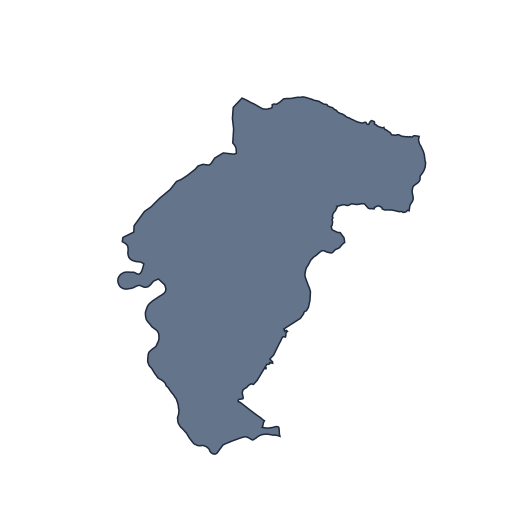 Ormenis, Brasov, Romania (Mercator projection), rotated 124°
{"feature_id": "2599482B25677324063372", "entity_name": "Ormenis", "entity_type": "district", "adm_level": 2, "iso_a3": "ROU", "parent_name": "Romania", "parent_adm1": "Brasov", "projection": "mercator", "projection_center": [25.52, 46.009], "detail": "fine", "context": "isolated", "style": "filled", "palette": "slate", "viewbox_px": 512, "rotation_deg": 124, "n_neighbors": 0, "source": "geoboundaries", "source_scale": "gbopen_adm2", "svg_char_len": 6053}
<svg xmlns="http://www.w3.org/2000/svg" viewBox="0 0 512 512"><g transform="rotate(124 256 256)"><path d="M318.9,374.9L318.6,371.8L318.9,369.4L319.6,367.8L322.1,365.6L324.9,364.1L326.6,362.7L328.1,360.9L328.8,359.0L328.9,357.7L328.8,355.9L328.5,354.9L327.7,352.3L325.7,348.7L325.4,347.6L325.2,344.6L331.1,342.6L332.6,342.3L334.0,342.2L335.6,342.4L336.7,343.0L337.2,344.4L337.7,348.0L338.4,349.2L339.4,350.6L341.0,353.4L343.0,355.9L344.2,356.7L347.1,358.0L350.5,358.1L352.1,357.6L353.7,356.8L354.6,356.0L355.5,355.1L356.9,352.8L357.3,351.7L357.5,350.6L357.4,348.9L357.2,347.6L356.5,345.9L355.8,344.8L353.1,341.9L351.3,340.2L348.1,338.4L347.0,337.7L346.2,337.0L345.6,336.3L345.3,335.6L345.0,334.4L344.5,331.5L344.0,330.5L342.6,328.9L341.7,328.2L339.1,327.4L334.3,326.9L333.3,326.4L329.6,324.0L330.9,315.9L331.8,314.4L333.7,312.3L335.0,311.6L336.3,311.3L337.8,311.3L340.9,312.3L342.9,313.3L351.0,316.6L353.7,317.4L356.2,317.9L358.0,317.9L360.0,317.5L364.3,316.3L365.5,315.6L367.9,313.7L369.9,311.6L370.3,310.8L371.1,308.7L372.1,305.0L372.9,302.8L373.2,296.6L374.0,294.6L374.8,293.3L375.9,292.3L378.5,290.4L379.8,289.7L382.4,289.1L384.4,288.9L386.0,288.4L388.4,288.8L390.5,289.7L394.8,290.9L396.4,290.8L398.0,290.3L402.9,287.6L404.4,286.5L405.6,284.8L406.7,283.1L407.5,279.7L409.8,274.7L411.9,269.0L411.8,267.4L411.6,265.7L411.6,264.0L411.8,261.9L412.2,260.2L413.9,257.7L414.2,255.3L416.4,249.8L417.2,246.7L418.4,244.2L418.8,242.6L421.4,239.1L423.1,237.1L425.1,235.5L427.1,233.5L430.7,231.6L433.9,230.7L437.3,227.9L438.4,226.4L440.1,222.6L440.1,221.3L441.8,214.5L444.0,209.9L444.7,207.8L445.5,205.6L446.4,202.2L445.7,198.2L444.9,196.7L442.7,194.0L442.3,192.6L441.9,190.8L442.1,187.5L442.7,186.4L443.6,185.1L444.2,183.2L444.1,180.9L443.1,179.1L442.4,178.6L441.2,178.1L431.2,177.7L429.0,176.5L423.4,172.8L415.8,167.3L412.6,164.7L411.7,163.6L411.2,162.1L410.8,160.1L410.7,156.9L410.5,156.1L409.7,155.3L408.0,154.7L406.9,154.1L405.4,153.8L402.4,152.4L400.2,150.6L398.4,148.5L397.0,146.3L395.0,141.8L393.3,139.1L392.8,137.7L392.1,135.3L390.7,136.9L386.5,140.1L385.5,141.1L385.2,141.8L385.3,142.4L385.7,143.3L386.5,144.3L389.0,146.5L391.9,149.7L393.2,151.9L394.6,155.0L393.9,155.0L389.8,156.7L387.9,156.8L387.9,159.0L387.5,161.7L387.5,165.4L387.3,170.3L386.9,177.0L386.3,185.0L386.2,188.1L386.8,188.9L386.6,189.3L385.6,190.1L384.5,190.0L381.8,187.1L380.9,187.1L377.0,191.0L375.6,191.4L374.6,191.9L372.2,191.2L370.2,190.2L367.6,189.9L364.8,188.7L363.9,186.3L358.5,185.5L344.8,186.2L343.9,184.7L343.1,185.0L343.7,186.2L339.6,186.4L339.1,185.4L337.8,184.4L336.8,185.0L335.6,182.2L334.3,183.3L334.4,185.1L333.9,185.6L333.9,186.6L333.2,186.9L328.2,186.0L315.3,187.8L312.7,188.0L310.3,188.5L309.2,188.5L308.0,188.4L307.4,188.0L306.8,186.3L306.5,186.3L305.6,186.6L303.1,188.1L302.7,188.1L302.4,187.9L301.7,188.2L300.9,187.8L300.7,189.3L302.3,190.3L302.0,190.8L301.6,190.9L301.3,191.1L300.9,192.1L282.8,184.3L277.2,184.2L276.3,184.7L275.4,184.7L274.3,184.4L273.3,183.6L269.3,183.8L262.7,186.4L255.1,190.9L252.7,193.8L250.9,196.6L245.9,203.5L244.7,204.6L242.2,206.0L239.4,207.1L237.1,207.7L235.0,207.6L228.9,208.3L224.5,207.6L221.9,206.5L217.0,205.2L214.8,204.4L213.6,202.5L213.2,199.7L211.9,196.3L211.1,194.9L209.9,194.4L206.3,193.8L203.3,191.8L201.7,191.3L199.0,191.1L196.8,190.7L195.2,190.0L191.7,193.2L189.5,199.3L190.8,201.5L191.7,207.6L189.4,210.3L188.3,210.0L185.3,211.3L184.0,212.4L183.3,213.3L182.1,213.5L181.3,213.5L180.5,215.0L179.8,215.0L178.5,215.7L175.6,215.8L174.2,215.5L172.6,215.7L171.3,215.9L169.8,216.1L169.6,216.8L167.7,214.9L165.4,213.1L164.6,212.1L164.0,211.2L163.3,208.9L162.8,208.1L161.9,207.4L158.9,205.7L158.8,204.9L158.2,203.6L156.8,201.0L154.3,198.3L153.6,197.8L153.3,197.0L152.3,195.8L152.2,194.9L152.9,192.4L153.6,189.5L153.1,188.0L151.9,186.4L151.6,185.5L150.9,184.4L150.3,184.5L149.8,184.9L148.1,184.2L146.4,183.0L145.8,182.3L145.4,178.9L146.4,177.7L145.9,175.0L144.0,172.4L143.6,172.0L143.1,170.7L142.2,169.6L141.5,168.1L139.1,161.8L138.2,160.9L137.6,160.1L137.7,159.2L137.5,158.2L136.3,156.9L134.9,156.1L133.6,156.0L133.1,155.7L132.9,154.3L128.4,156.5L127.4,156.8L123.1,156.9L121.5,157.3L120.5,157.7L118.6,159.3L115.7,162.3L114.4,163.1L111.2,164.5L109.9,164.5L108.7,164.2L105.2,162.9L104.1,162.6L102.1,162.5L100.9,162.8L98.1,164.5L97.6,164.6L94.2,164.4L92.5,164.5L90.6,164.7L87.6,165.5L83.7,167.6L82.9,168.8L78.6,172.5L77.3,173.8L75.7,175.8L72.9,180.4L72.0,182.4L71.4,183.4L68.9,186.2L65.6,187.6L67.0,190.7L67.9,192.2L68.9,192.8L69.8,193.0L70.6,193.8L71.0,195.2L71.9,195.9L72.2,196.5L72.4,197.3L73.2,198.0L74.1,200.1L74.9,201.5L75.3,202.8L75.6,205.4L76.9,207.2L77.8,207.7L78.3,208.4L78.6,209.6L79.2,210.2L79.6,210.8L79.6,211.4L79.2,212.6L78.8,213.2L78.7,213.9L78.7,217.5L78.6,218.3L79.0,219.8L78.3,221.4L77.8,221.9L78.9,222.7L79.2,223.3L80.0,226.0L80.4,228.1L80.2,228.7L80.1,229.6L80.4,231.5L80.1,232.0L79.3,232.1L78.6,232.8L78.5,233.7L78.8,234.5L79.2,236.1L81.4,236.5L83.8,236.2L84.3,236.6L84.6,237.8L83.7,239.7L84.0,240.2L84.8,241.0L86.5,242.3L88.0,246.5L88.6,249.5L88.7,250.7L89.2,253.4L89.4,255.9L90.1,258.2L90.1,259.9L89.8,260.6L89.9,262.2L90.0,263.9L90.2,264.5L90.6,265.6L90.9,267.6L91.0,268.6L90.4,270.3L90.3,271.7L90.6,272.2L90.7,272.8L90.3,274.7L90.3,275.9L90.7,276.9L91.5,280.1L90.8,281.9L91.0,282.6L91.9,284.1L92.2,285.1L92.3,286.1L92.3,287.3L92.6,288.4L92.5,289.1L92.4,290.0L92.9,290.9L93.1,292.0L94.4,294.8L94.8,297.4L95.6,299.7L96.5,302.8L97.5,305.4L98.5,306.9L99.6,307.8L100.9,310.0L103.5,312.8L105.0,314.2L106.8,316.4L108.0,318.3L110.3,321.0L114.9,322.2L118.5,323.7L120.2,326.4L121.6,327.2L122.4,326.5L124.2,325.7L125.8,326.8L126.8,328.0L127.9,328.6L130.2,332.5L130.6,336.6L131.0,342.6L131.7,346.4L131.9,349.6L132.3,352.6L132.9,355.9L145.5,358.0L155.0,352.6L163.2,345.6L175.3,338.5L176.3,335.2L177.8,332.8L181.8,329.7L183.9,331.2L188.9,340.8L197.9,345.0L204.7,345.0L207.0,345.9L209.7,351.3L213.8,354.4L218.1,354.9L227.7,358.0L234.3,360.8L238.7,363.6L249.1,364.4L262.0,368.2L274.0,370.5L281.5,373.4L299.1,374.0L304.5,370.7L313.2,375.7L315.1,376.7L318.9,374.9Z" fill="#64748b" stroke="#1e293b" stroke-width="1.5"/></g></svg>